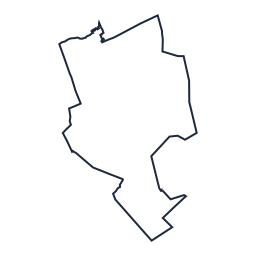 the district of Alpoyeca, Guerrero, Mexico
{"feature_id": "50627088B63024463665559", "entity_name": "Alpoyeca", "entity_type": "district", "adm_level": 2, "iso_a3": "MEX", "parent_name": "Mexico", "parent_adm1": "Guerrero", "projection": "natural_earth1", "projection_center": [-98.525, 17.633], "detail": "fine", "context": "isolated", "style": "outline", "palette": "slate", "viewbox_px": 256, "rotation_deg": 0, "n_neighbors": 0, "source": "geoboundaries", "source_scale": "gbopen_adm2", "svg_char_len": 1868}
<svg xmlns="http://www.w3.org/2000/svg" viewBox="0 0 256 256"><path d="M183.6,56.1L179.3,56.1L177.5,56.0L162.5,51.5L162.8,39.2L162.1,34.1L162.0,31.1L157.7,15.4L141.1,23.2L114.6,37.2L114.3,37.3L112.8,38.0L109.7,39.1L102.8,42.0L102.2,42.3L101.5,41.3L102.3,40.9L102.0,40.1L102.9,39.7L103.8,39.3L103.4,38.6L102.2,39.1L101.9,38.3L101.8,38.1L101.3,37.2L101.0,36.4L100.7,35.8L100.4,35.1L101.6,34.5L101.4,34.1L102.2,33.6L102.8,33.2L103.5,32.8L103.1,31.6L102.5,30.3L102.6,30.2L102.2,29.2L101.4,28.2L99.6,23.9L99.1,22.7L98.9,23.7L99.3,26.2L99.2,26.3L98.8,26.5L98.7,26.6L98.2,26.9L98.9,28.4L97.6,29.2L97.3,28.5L96.3,29.0L95.9,28.2L95.1,28.7L94.3,29.2L94.8,30.4L94.4,30.6L94.1,30.7L93.9,30.9L93.4,31.1L93.0,29.9L91.7,30.7L91.5,31.0L93.0,32.9L91.5,33.6L90.2,34.8L89.3,35.3L88.1,35.8L86.8,36.4L86.3,36.7L85.9,37.4L85.7,37.7L85.1,37.8L83.9,38.0L83.3,38.3L82.5,38.7L80.1,38.7L79.2,38.3L78.7,37.8L77.5,37.6L76.6,37.7L75.8,37.9L74.9,38.1L73.6,38.2L72.5,38.2L71.2,38.4L69.7,38.7L68.7,39.1L67.2,40.0L66.4,40.4L65.6,41.1L64.8,41.5L62.0,42.3L60.1,43.5L59.3,44.1L64.6,58.9L67.2,66.3L69.5,72.9L70.9,76.2L71.3,76.9L75.6,91.0L80.7,103.6L69.1,108.5L70.4,116.8L69.7,121.1L70.9,124.8L66.0,129.6L62.8,133.0L66.9,140.7L72.1,151.8L72.9,151.0L73.3,151.4L74.0,151.9L74.8,152.4L75.7,152.7L92.9,167.4L93.1,167.5L109.3,174.0L122.6,179.1L122.8,179.5L122.9,179.9L121.5,182.2L119.9,184.7L119.9,185.0L120.0,185.7L120.1,186.5L120.0,187.0L119.8,187.2L119.2,187.4L118.1,188.1L117.6,188.4L115.9,191.2L114.6,192.3L113.1,193.7L115.3,199.5L148.2,236.8L148.5,237.1L151.6,240.6L172.2,227.2L162.8,218.0L173.2,208.0L185.9,196.2L184.0,195.1L170.6,199.3L164.7,192.9L162.8,191.0L161.7,190.7L161.6,190.1L161.1,190.7L160.9,190.8L159.2,188.1L151.3,156.2L169.5,136.6L177.7,135.7L185.0,139.7L195.5,133.6L196.7,132.9L189.8,104.1L189.3,102.2L189.2,91.8L189.1,80.6L183.6,56.1Z" fill="none" stroke="#1e293b" stroke-width="2"/></svg>